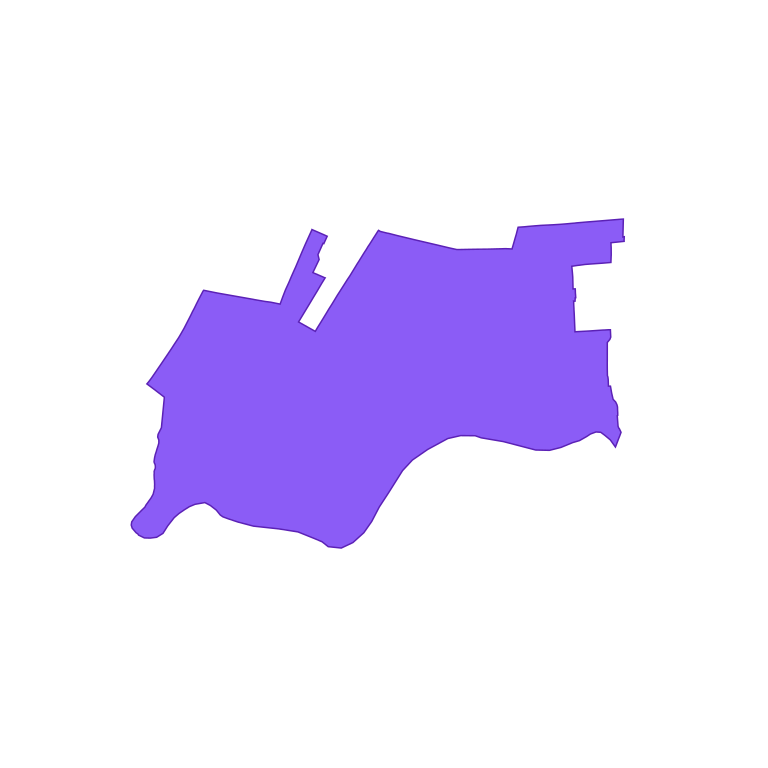 outline of Cornetu, Giurgiu, Romania, rotated 329°
{"feature_id": "2599482B43761386306926", "entity_name": "Cornetu", "entity_type": "district", "adm_level": 2, "iso_a3": "ROU", "parent_name": "Romania", "parent_adm1": "Giurgiu", "projection": "natural_earth1", "projection_center": [25.931, 44.345], "detail": "fine", "context": "isolated", "style": "filled", "palette": "violet", "viewbox_px": 768, "rotation_deg": 329, "n_neighbors": 0, "source": "geoboundaries", "source_scale": "gbopen_adm2", "svg_char_len": 3860}
<svg xmlns="http://www.w3.org/2000/svg" viewBox="0 0 768 768"><g transform="rotate(329 384 384)"><path d="M549.9,557.2L551.0,556.4L557.6,551.2L559.2,550.0L562.3,547.5L562.7,543.6L562.5,543.2L562.8,540.9L563.1,540.3L564.8,536.9L567.6,531.3L568.2,531.3L569.5,529.1L570.7,526.8L571.5,525.4L572.3,524.0L573.0,521.8L573.3,518.7L572.9,517.0L572.5,515.1L574.4,509.2L577.0,502.5L575.3,501.4L578.5,495.6L579.5,493.4L579.8,491.9L583.2,486.0L586.4,480.6L587.1,479.5L596.8,463.4L600.6,462.1L602.5,460.6L606.0,454.1L604.3,453.1L601.4,451.6L599.2,450.4L586.9,444.1L576.9,438.8L574.6,437.6L578.9,429.7L583.1,422.0L585.4,417.6L585.6,417.3L587.4,413.9L589.1,410.9L589.2,410.6L590.0,411.2L590.4,411.4L592.3,408.6L592.8,408.8L594.6,405.3L594.7,405.0L596.6,401.6L596.9,400.9L595.0,399.9L600.9,389.5L602.8,385.7L605.6,379.8L606.8,380.3L610.7,381.9L613.1,383.0L618.0,385.1L622.4,387.3L633.4,392.9L641.1,396.7L644.8,391.0L645.0,390.8L648.9,384.2L649.7,382.7L651.3,379.8L663.3,385.4L663.8,384.5L664.8,383.0L665.8,381.5L664.5,381.0L674.1,365.9L671.4,364.5L656.4,357.1L640.5,349.2L631.3,344.7L630.7,344.5L627.7,343.0L621.9,340.2L617.1,337.8L611.3,334.8L608.3,333.2L600.1,328.8L595.7,326.6L588.8,323.2L585.0,321.4L579.7,318.7L576.0,322.3L574.4,323.9L572.4,325.7L566.2,331.5L564.0,333.5L563.3,334.2L561.1,332.7L557.6,330.4L554.5,328.7L548.7,325.4L547.1,324.5L542.0,321.6L534.0,316.9L525.9,312.2L517.4,307.3L515.6,306.2L510.3,301.2L501.2,292.3L483.9,275.5L472.0,263.8L465.6,257.3L464.4,256.3L459.4,251.3L458.5,249.5L457.3,249.9L456.6,250.3L456.0,250.6L452.8,252.2L451.6,252.8L451.0,253.1L450.5,253.3L449.2,254.0L446.4,255.4L443.8,256.7L441.0,258.0L438.4,259.4L434.1,261.5L431.0,263.1L427.3,265.0L425.4,266.0L423.5,266.9L422.9,267.2L419.1,269.2L410.5,273.7L406.6,275.5L403.8,276.9L399.8,278.9L394.6,281.5L389.7,283.9L385.0,286.4L380.8,288.6L375.0,291.5L370.9,293.7L366.7,295.9L361.5,298.6L356.6,301.1L352.2,303.5L342.7,286.8L345.0,285.6L361.1,277.1L368.2,273.3L374.5,270.0L382.2,265.8L388.2,262.7L387.9,262.4L386.9,260.9L384.3,257.3L380.4,251.9L392.5,243.9L394.0,239.1L403.7,232.3L404.2,232.0L404.7,232.7L411.4,228.1L409.2,224.9L402.0,214.8L401.8,214.5L401.6,214.7L389.1,223.3L386.7,225.0L381.4,228.8L368.4,238.3L364.6,240.9L359.5,244.5L354.7,248.0L352.8,249.3L348.1,252.5L342.3,257.0L336.1,262.0L329.0,255.5L324.7,252.1L316.7,245.2L315.4,244.0L287.9,220.1L277.7,210.8L276.7,211.2L269.3,215.7L264.7,218.6L260.4,221.4L257.2,223.3L253.4,225.8L249.2,228.4L245.0,231.0L241.3,233.3L235.4,236.6L231.7,238.6L225.2,241.7L220.1,244.2L213.7,247.2L209.6,249.1L203.6,251.9L200.3,253.4L195.1,255.8L188.1,259.0L187.6,259.2L185.4,260.1L183.4,260.9L180.8,261.8L183.5,268.4L188.9,282.1L188.7,282.5L170.7,306.8L164.4,310.8L162.7,312.9L162.1,316.1L160.6,318.6L158.5,320.6L155.5,323.2L153.7,324.9L151.8,326.5L149.4,329.0L147.7,331.1L146.9,332.1L146.5,333.2L146.3,335.2L145.7,336.6L145.0,337.8L144.3,338.7L143.2,339.4L141.9,340.6L141.1,342.1L140.5,342.9L140.0,343.7L139.4,344.8L138.4,346.6L137.9,347.6L137.5,348.6L136.5,350.4L135.7,351.9L134.7,353.4L133.6,355.3L129.3,359.6L126.0,361.5L124.5,362.2L122.1,363.2L120.2,364.1L118.9,364.6L118.0,365.0L117.7,365.1L115.6,366.4L111.7,367.3L102.6,369.6L96.8,372.2L94.7,374.7L93.9,377.9L94.9,383.8L95.8,385.8L95.8,387.1L99.3,392.5L104.3,395.7L110.2,398.3L117.6,398.2L125.6,394.2L135.3,390.5L141.6,389.4L148.3,389.0L154.0,388.9L160.1,389.8L169.4,393.4L172.6,398.7L175.3,405.7L176.2,412.0L177.5,414.9L181.2,419.5L187.7,427.1L198.9,438.6L219.2,454.0L234.1,466.5L244.6,480.4L249.7,487.4L252.4,494.7L262.9,502.6L275.7,503.9L290.1,501.1L302.7,495.5L316.6,487.0L332.1,479.5L355.3,467.8L369.2,463.8L387.8,462.6L410.6,463.6L423.1,467.7L435.5,475.3L439.6,480.2L456.6,494.8L480.0,518.7L491.7,526.1L503.0,529.5L515.5,531.4L522.4,533.2L530.8,533.4L535.2,533.2L541.0,534.3L544.9,537.0L546.8,541.6L549.2,548.5L549.9,557.2Z" fill="#8b5cf6" stroke="#5b21b6" stroke-width="1.5"/></g></svg>